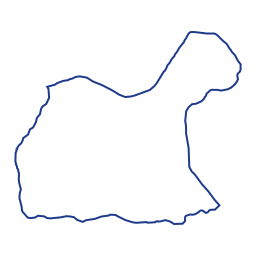 Camotán, Chiquimula, Guatemala (orthographic projection)
{"feature_id": "79465075B72038924069090", "entity_name": "Camotán", "entity_type": "district", "adm_level": 2, "iso_a3": "GTM", "parent_name": "Guatemala", "parent_adm1": "Chiquimula", "projection": "orthographic", "projection_center": [-89.276, 14.868], "detail": "fine", "context": "isolated", "style": "outline", "palette": "blue", "viewbox_px": 256, "rotation_deg": 0, "n_neighbors": 0, "source": "geoboundaries", "source_scale": "gbopen_adm2", "svg_char_len": 2128}
<svg xmlns="http://www.w3.org/2000/svg" viewBox="0 0 256 256"><path d="M240.6,64.3L237.8,60.7L235.1,55.4L231.5,51.4L231.0,50.2L229.6,48.7L226.8,44.0L222.9,40.8L216.6,34.6L214.3,33.5L206.8,33.5L194.0,32.0L190.5,32.1L188.7,33.4L186.9,36.5L186.5,37.7L184.6,40.2L184.2,41.7L179.3,47.8L177.1,51.7L175.0,54.3L174.3,56.2L171.9,58.8L169.4,63.2L167.6,65.1L166.0,68.9L164.5,71.3L163.9,71.4L157.0,82.7L154.8,85.7L149.8,90.0L134.7,95.5L130.8,96.5L125.1,97.0L119.3,94.7L112.5,90.5L102.0,85.1L93.0,81.5L86.8,77.6L79.9,76.4L75.8,76.9L72.0,78.7L69.0,79.4L68.4,80.1L63.1,80.9L56.8,83.3L55.1,84.6L47.2,86.8L48.5,89.1L49.1,97.8L46.3,103.8L42.2,106.8L41.0,109.2L40.0,114.2L36.9,117.9L35.9,122.2L33.8,126.2L32.8,127.7L29.9,129.4L28.3,134.1L27.5,135.0L23.3,138.0L22.6,140.6L21.2,143.3L18.7,145.6L17.2,148.0L17.2,149.0L16.4,149.4L16.4,151.3L15.7,152.4L15.4,160.6L15.6,162.8L16.1,163.4L16.0,164.6L16.9,166.1L17.1,168.1L17.7,168.7L18.8,172.8L19.0,175.1L18.7,179.0L19.1,182.3L19.4,183.7L20.9,189.3L19.8,193.0L19.4,198.0L21.6,206.6L22.0,210.4L22.6,211.8L27.7,217.6L30.5,218.1L35.2,217.5L38.1,215.7L39.7,216.0L44.0,216.3L47.2,218.1L50.0,218.4L60.3,217.4L66.4,216.2L70.5,216.5L73.9,217.2L77.3,220.0L82.9,221.9L86.0,220.2L94.8,218.9L101.5,216.5L108.4,215.6L109.7,214.8L111.9,214.7L116.0,215.1L116.9,215.9L125.5,220.1L132.7,222.3L136.2,222.8L146.5,222.1L147.4,222.7L151.7,222.5L155.2,222.2L155.9,221.6L157.5,221.2L158.5,221.6L161.0,221.3L165.3,220.1L170.0,221.5L174.1,224.0L182.6,223.7L185.0,221.2L185.1,217.1L186.0,215.8L190.1,214.5L193.2,214.7L195.6,214.0L198.7,212.0L199.6,211.1L201.0,210.5L201.7,210.4L202.9,210.7L205.8,212.9L207.6,212.4L209.5,210.2L210.7,209.8L215.0,209.6L219.4,205.3L214.5,199.7L208.7,191.8L204.2,186.7L202.3,184.7L197.0,177.4L194.4,174.0L191.8,171.6L189.3,167.0L188.6,147.9L186.1,133.5L186.0,125.8L185.2,120.9L186.2,111.4L186.8,110.1L188.8,107.0L192.1,104.2L196.1,103.7L201.4,101.3L204.2,98.6L204.4,97.7L205.9,95.9L206.5,93.8L210.2,90.4L211.7,89.8L217.7,89.9L221.2,90.6L227.7,89.3L231.3,87.5L234.8,84.4L237.1,81.3L238.0,79.1L237.2,75.4L237.8,73.7L239.8,71.7L240.6,69.7L240.6,64.3Z" fill="none" stroke="#1e3a8a" stroke-width="2"/></svg>